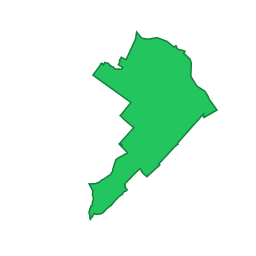 the district of Lipanesti, Prahova, Romania, rotated 127°
{"feature_id": "2599482B42287242425704", "entity_name": "Lipanesti", "entity_type": "district", "adm_level": 2, "iso_a3": "ROU", "parent_name": "Romania", "parent_adm1": "Prahova", "projection": "robinson", "projection_center": [26.047, 45.053], "detail": "fine", "context": "isolated", "style": "filled", "palette": "green", "viewbox_px": 256, "rotation_deg": 127, "n_neighbors": 0, "source": "geoboundaries", "source_scale": "gbopen_adm2", "svg_char_len": 5229}
<svg xmlns="http://www.w3.org/2000/svg" viewBox="0 0 256 256"><g transform="rotate(127 128 128)"><path d="M46.2,178.9L51.9,175.7L55.3,174.9L59.3,174.0L63.1,173.2L64.6,172.9L69.5,171.8L74.6,170.7L75.0,172.8L75.5,176.0L79.5,175.4L79.6,174.4L83.4,173.7L82.6,168.9L84.0,168.6L84.0,168.8L84.5,168.8L84.9,168.8L85.2,168.9L85.4,168.9L85.5,169.0L85.9,170.0L86.1,170.3L86.9,171.3L87.5,172.1L87.9,172.4L88.0,172.6L88.1,172.9L88.3,173.6L88.6,174.5L88.7,174.9L88.7,175.1L88.4,175.7L88.3,176.1L88.1,176.5L88.6,177.7L88.6,178.7L88.6,178.9L88.7,179.1L89.0,179.4L89.1,179.5L89.1,179.8L88.8,180.3L88.6,180.4L88.6,180.5L88.5,180.8L88.5,181.2L88.5,181.3L88.5,181.5L88.3,181.8L88.3,182.0L88.2,182.4L88.2,182.5L88.3,182.6L88.3,182.8L88.5,183.2L88.9,184.1L89.2,184.6L89.3,185.0L89.4,185.4L89.4,185.9L90.7,185.8L91.3,185.8L91.6,185.7L92.1,185.5L92.5,185.4L92.5,186.8L91.9,186.8L91.9,187.5L92.6,187.5L92.7,188.3L93.5,188.2L93.9,188.1L95.2,188.0L95.7,187.9L105.9,187.8L106.9,187.8L106.8,181.0L106.4,164.7L106.3,161.3L106.2,157.6L105.9,141.0L107.6,141.0L118.2,141.4L122.9,141.7L122.9,140.5L123.0,140.3L123.0,140.1L123.0,139.8L123.0,139.3L123.0,138.9L123.1,138.7L123.2,138.2L123.3,137.6L123.4,137.2L123.5,136.9L124.3,123.6L126.6,123.8L129.9,124.1L133.5,124.4L142.7,125.2L143.7,125.3L144.8,125.3L145.0,123.3L145.5,123.4L145.7,121.8L146.3,121.9L145.9,125.4L146.1,125.5L146.8,121.6L147.9,114.0L148.3,113.4L149.0,113.6L150.6,114.5L150.9,114.8L151.1,114.9L151.4,115.0L152.0,115.1L154.4,116.2L158.0,117.9L158.8,118.1L160.7,118.6L162.8,117.8L164.2,117.4L165.9,116.8L168.5,115.9L169.9,115.4L171.5,114.5L172.0,114.2L176.5,114.1L177.0,114.1L177.5,114.6L178.0,114.9L178.4,115.1L178.9,115.2L179.7,115.4L180.3,115.5L180.6,115.7L181.4,115.9L182.5,116.3L183.2,116.5L183.7,116.8L183.9,116.9L184.3,117.2L184.7,117.5L185.1,117.6L185.5,117.7L187.4,118.0L187.8,118.2L188.8,118.6L189.4,118.9L190.1,119.1L190.5,119.7L191.0,120.0L191.4,120.2L191.7,120.3L192.0,120.6L192.2,120.8L192.6,121.2L193.0,121.7L193.9,123.0L194.1,123.1L194.3,123.2L194.6,123.4L195.1,124.3L195.6,125.1L196.0,125.5L196.3,125.0L196.7,124.0L197.0,123.3L197.4,122.5L197.8,121.5L197.9,121.2L198.1,121.0L198.4,120.5L198.6,120.2L198.7,119.6L198.8,119.1L199.0,118.7L199.2,118.3L200.0,117.9L200.8,117.4L201.2,117.1L202.0,116.6L202.6,116.3L203.0,116.0L203.5,115.2L203.9,114.7L204.1,114.3L204.3,114.0L204.5,113.7L204.7,113.4L204.9,113.3L205.7,112.9L206.2,112.6L206.6,112.4L206.9,112.3L207.4,112.2L207.9,112.1L209.2,111.4L209.5,111.3L210.0,110.9L210.4,110.7L211.2,110.5L211.8,110.3L212.1,110.3L212.7,110.7L212.9,110.7L213.1,110.7L213.7,110.2L213.9,110.1L214.1,110.0L214.6,109.9L215.0,109.9L215.4,109.9L215.8,109.7L216.8,109.2L217.7,108.9L217.9,108.8L218.1,108.7L218.8,108.3L219.1,108.1L219.3,108.0L219.7,107.6L220.4,106.4L220.7,106.1L221.0,105.7L221.4,105.3L221.6,105.3L221.8,105.1L222.4,104.5L222.5,104.4L223.0,104.2L223.2,103.9L223.3,103.4L223.6,103.1L223.0,103.1L222.4,103.3L221.4,103.3L221.1,103.3L220.9,103.2L220.3,102.9L220.1,103.0L219.8,103.1L217.2,103.6L216.6,103.7L216.6,103.0L216.5,102.3L216.4,101.8L216.2,101.7L216.0,101.4L215.9,101.2L215.4,100.5L215.2,100.3L214.9,100.2L214.2,99.5L213.8,98.9L213.7,98.9L213.3,98.5L212.5,97.8L212.3,97.6L212.1,97.5L211.4,97.4L211.1,97.2L210.5,97.1L210.0,96.9L209.4,96.8L209.0,96.8L208.8,96.8L208.5,96.6L208.3,96.7L208.0,96.7L207.3,96.6L206.7,96.6L206.4,96.6L206.1,96.5L205.4,96.4L204.7,96.3L203.7,95.9L203.3,95.8L202.3,95.6L202.0,95.6L201.7,95.5L200.4,94.9L199.5,94.8L199.3,94.8L199.0,94.8L198.5,94.9L198.3,95.0L198.0,94.8L197.7,94.7L197.0,94.7L196.6,94.7L196.1,94.7L195.7,94.7L194.9,94.7L194.1,94.7L191.6,94.3L191.2,94.3L190.4,94.3L189.1,94.0L188.5,94.0L188.2,93.9L187.9,93.9L184.6,92.7L183.9,92.5L183.7,92.5L182.9,92.8L182.4,93.0L182.0,93.0L181.1,93.0L180.6,92.1L180.2,92.0L179.7,91.8L179.1,91.5L178.7,91.4L178.0,91.4L177.8,91.5L177.7,91.6L177.7,92.1L177.7,92.3L177.7,92.5L177.7,92.8L177.5,93.0L177.4,93.3L177.3,93.5L177.4,93.8L177.2,94.0L177.2,94.3L177.1,94.5L176.9,94.7L176.7,94.6L176.5,94.9L176.4,95.0L176.3,95.5L176.0,95.6L175.6,95.6L175.4,95.8L175.2,95.9L175.1,96.2L175.0,96.4L175.0,96.6L174.9,96.8L174.7,97.0L173.9,96.9L173.4,96.9L172.6,96.7L172.0,96.6L171.5,96.5L169.3,96.3L165.6,95.8L163.8,95.6L161.5,95.3L160.5,95.2L154.8,94.3L153.2,94.0L152.9,93.9L153.3,93.3L154.0,92.0L154.2,91.4L154.6,90.6L154.9,89.7L155.1,88.6L155.2,88.0L155.3,86.8L155.4,85.8L155.4,85.1L155.4,84.4L155.6,83.6L147.3,82.0L138.3,80.4L138.0,81.8L134.5,81.4L130.8,81.1L128.3,80.8L118.6,79.8L116.8,79.7L115.5,79.5L114.7,79.4L110.8,78.3L110.4,79.3L106.3,79.0L101.8,78.6L99.9,78.5L98.7,78.4L95.7,78.1L86.6,77.5L82.6,77.1L77.0,76.6L74.6,76.4L71.8,76.2L71.5,76.1L71.8,76.0L72.1,75.9L72.4,75.8L72.8,75.5L73.0,75.4L73.2,75.2L73.3,75.1L73.2,74.6L73.1,74.3L73.0,74.2L73.4,74.1L73.6,74.1L73.9,73.7L73.2,73.3L67.0,70.7L60.2,67.7L60.1,68.1L59.3,70.4L58.9,71.5L57.7,75.4L56.1,80.8L55.5,81.8L54.5,83.1L53.3,86.3L52.4,88.6L52.4,89.0L52.4,89.5L52.5,90.7L52.7,93.4L53.1,98.3L50.7,104.5L48.9,108.9L40.2,115.0L38.0,116.5L35.7,119.8L34.8,127.3L35.1,128.5L32.4,128.6L33.2,131.3L34.3,133.8L35.0,135.4L35.0,135.7L35.0,136.1L34.9,136.5L34.8,136.8L34.5,137.4L33.6,138.6L33.4,139.0L33.5,139.4L35.7,139.8L35.4,149.2L38.4,159.2L45.1,165.5L48.0,171.2L46.2,178.9Z" fill="#22c55e" stroke="#15803d" stroke-width="1.5"/></g></svg>